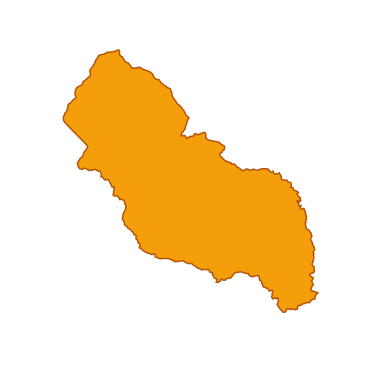 the district of Santa Rita do Tocantins, Tocantins, Brazil, rotated 225°
{"feature_id": "56859067B45645585605962", "entity_name": "Santa Rita do Tocantins", "entity_type": "district", "adm_level": 2, "iso_a3": "BRA", "parent_name": "Brazil", "parent_adm1": "Tocantins", "projection": "mercator", "projection_center": [-49.332, -10.964], "detail": "fine", "context": "isolated", "style": "filled", "palette": "amber", "viewbox_px": 384, "rotation_deg": 225, "n_neighbors": 0, "source": "geoboundaries", "source_scale": "gbopen_adm2", "svg_char_len": 6046}
<svg xmlns="http://www.w3.org/2000/svg" viewBox="0 0 384 384"><g transform="rotate(225 192 192)"><path d="M346.9,193.0L345.6,190.1L346.0,188.8L346.6,187.2L347.2,184.2L346.5,182.1L345.6,180.3L344.8,179.4L343.4,178.1L341.4,177.2L340.7,175.6L341.3,172.6L340.9,170.6L340.8,169.4L341.2,168.1L341.4,166.7L340.9,165.4L339.4,164.0L338.9,162.5L338.0,161.1L337.6,160.0L337.7,158.2L337.1,157.1L336.2,154.5L335.1,153.3L334.1,152.3L333.2,151.6L331.7,151.4L330.0,151.4L328.4,151.1L304.1,150.9L298.3,150.7L297.1,148.7L296.5,144.0L294.9,140.5L294.5,138.9L294.8,136.0L294.1,134.8L293.9,132.9L293.5,131.3L292.5,130.9L290.3,129.4L287.9,129.1L285.5,130.4L285.5,131.6L284.7,133.1L282.8,133.8L280.3,134.2L277.8,137.0L277.1,138.7L276.4,139.6L273.3,140.3L271.9,141.6L270.8,141.5L269.5,140.9L268.2,140.1L267.2,138.4L265.9,139.2L264.6,139.3L263.1,138.8L261.6,139.4L260.4,141.3L259.0,141.5L257.0,140.7L254.5,140.1L252.1,139.1L250.4,140.7L249.9,139.5L248.5,138.6L247.9,137.0L246.9,136.3L246.0,134.4L244.9,134.0L243.9,134.4L243.2,135.6L242.3,136.3L239.7,136.3L237.8,135.5L236.6,137.1L235.4,137.5L234.0,137.7L231.7,137.0L231.0,136.0L229.9,136.1L228.3,134.8L226.7,132.6L225.2,127.7L222.8,124.7L222.0,123.5L220.6,123.2L218.8,123.0L217.9,122.4L217.1,121.5L215.6,121.0L214.1,121.5L213.0,121.5L211.1,121.0L210.2,121.8L208.1,121.8L207.0,121.7L205.5,121.9L202.7,120.9L201.6,121.9L200.1,121.3L199.4,120.2L198.0,119.1L196.5,119.6L194.2,117.9L192.8,118.4L191.1,117.8L190.5,116.2L189.9,115.4L188.4,115.6L186.8,116.1L185.1,116.0L183.4,116.3L180.1,117.6L178.7,118.3L176.8,118.9L175.8,119.8L175.5,120.9L174.2,121.8L172.2,120.1L168.3,121.8L167.1,122.5L164.5,125.8L163.6,126.3L161.5,128.3L158.3,129.7L157.2,130.4L155.7,130.2L154.3,131.2L153.1,132.6L152.6,133.5L150.1,136.5L149.2,137.3L148.0,137.3L146.6,137.6L144.2,138.8L142.8,139.8L141.6,141.4L139.0,141.2L138.0,141.7L136.8,142.1L135.6,141.8L132.5,143.1L131.5,143.7L130.0,143.7L129.1,145.5L127.4,146.8L125.3,148.9L122.5,148.0L120.6,149.4L119.1,148.1L116.5,147.2L115.0,147.1L112.3,148.0L111.6,146.9L111.2,145.4L110.3,146.0L109.4,147.1L109.1,149.2L109.9,150.5L109.1,151.5L107.9,151.5L106.0,153.5L106.4,154.8L105.8,155.9L104.8,157.1L104.0,158.4L103.9,159.6L104.6,164.6L104.1,165.8L103.2,167.3L100.8,170.3L96.6,172.4L94.4,174.0L92.3,173.5L89.3,174.6L88.7,176.0L87.2,178.4L86.7,179.4L85.1,179.8L81.8,177.5L80.6,178.2L79.6,177.8L78.5,177.0L77.5,176.5L76.2,176.3L75.4,175.6L74.1,175.4L73.0,176.4L71.6,176.4L70.7,177.4L67.2,176.6L66.2,178.9L65.3,179.2L64.4,178.3L63.7,177.0L62.7,176.4L62.1,175.4L61.8,174.3L60.6,173.8L59.4,173.5L58.7,174.5L58.8,175.6L57.1,176.2L56.5,177.8L53.4,175.6L52.4,172.8L50.2,172.0L48.4,171.9L47.0,171.5L44.4,171.6L43.0,171.3L41.6,172.3L41.0,173.6L41.9,175.5L42.1,176.8L41.2,177.6L39.9,178.1L39.0,179.0L38.4,180.4L37.1,181.2L35.7,181.8L34.9,183.2L34.8,184.2L36.0,185.0L36.4,187.2L35.3,188.1L34.3,192.0L33.4,192.8L33.0,194.4L32.2,195.7L31.1,196.2L30.6,197.3L31.2,198.8L31.0,200.3L30.5,201.8L29.6,203.0L30.9,205.3L31.6,206.2L31.6,209.6L33.2,209.2L34.2,208.3L35.9,207.9L36.7,207.0L38.0,206.6L39.3,207.6L40.0,209.0L40.5,210.8L40.7,212.3L43.0,213.0L44.6,213.7L44.8,215.8L45.9,217.2L47.2,216.4L48.9,216.6L50.4,216.6L50.6,217.9L49.0,220.7L49.3,222.2L50.4,223.3L52.0,224.4L52.5,225.5L53.7,225.2L55.1,225.2L56.4,226.4L56.9,227.9L59.4,231.8L61.4,232.9L62.0,234.4L63.6,234.9L64.2,236.0L64.2,237.3L65.0,238.4L67.3,239.6L69.8,240.1L70.5,240.8L71.8,241.4L73.4,241.9L74.4,242.4L75.3,243.0L76.1,245.8L77.2,245.8L78.0,246.9L79.8,247.1L81.2,247.7L84.4,247.2L85.8,247.2L87.1,248.2L89.9,249.9L89.8,251.1L90.9,251.8L91.8,252.8L92.2,254.2L94.4,256.1L96.3,256.4L96.9,257.7L99.4,258.6L100.3,259.3L101.4,259.5L101.9,258.5L102.4,256.9L103.8,257.0L104.6,258.2L105.3,259.4L105.9,257.7L107.0,257.9L107.9,259.0L108.8,259.5L109.8,259.2L111.4,259.9L110.7,260.9L109.2,260.7L109.0,261.7L109.1,262.8L110.3,263.1L110.8,264.3L112.5,264.4L113.6,264.1L116.4,264.9L116.1,266.7L117.1,266.9L119.4,266.3L120.7,265.5L122.1,265.6L123.1,266.4L124.6,265.9L125.5,265.1L126.4,266.8L128.0,268.0L129.0,268.6L130.2,267.5L131.6,266.9L132.9,267.5L133.8,267.1L134.6,266.1L135.7,265.2L137.0,264.4L138.1,264.5L139.0,265.5L140.4,266.2L143.8,267.2L144.6,264.8L145.4,264.2L146.3,263.3L147.5,263.1L149.4,264.0L149.5,262.8L150.6,261.7L152.2,261.6L153.4,262.0L154.8,261.9L158.4,258.6L160.1,256.0L160.7,254.2L161.7,253.1L164.3,251.7L165.2,251.1L165.1,249.9L165.9,249.2L166.5,248.3L167.4,247.9L168.8,247.6L169.9,246.6L170.5,244.0L171.2,242.8L173.6,242.4L175.1,242.4L178.5,241.4L179.7,241.5L181.1,242.0L182.9,240.8L183.7,239.8L185.3,240.1L187.2,239.2L188.0,238.5L189.7,238.1L190.6,237.5L198.1,237.5L199.1,238.6L199.3,239.9L198.8,241.8L199.7,243.4L199.2,244.9L200.1,246.3L201.5,247.4L205.0,246.4L208.3,246.2L210.1,245.1L211.9,243.7L217.0,240.4L218.2,240.1L220.7,240.0L222.1,241.8L223.5,242.9L224.9,243.2L225.8,242.6L226.3,241.1L227.1,239.6L227.9,237.2L228.8,236.7L229.3,235.9L230.7,235.9L231.4,234.8L230.9,233.7L230.7,232.3L231.6,231.0L232.8,229.8L233.1,228.7L233.1,227.7L233.5,226.2L235.2,226.4L236.3,226.9L237.9,226.2L238.6,224.4L239.6,224.2L240.7,226.1L241.6,231.9L243.1,233.9L243.7,235.7L244.6,237.1L245.8,239.4L246.4,241.5L246.9,242.5L248.0,242.1L249.3,241.9L250.8,242.2L252.1,242.8L254.3,243.5L255.5,243.8L258.3,243.9L259.1,244.4L262.2,244.4L264.0,243.9L273.8,245.8L274.8,246.3L276.3,247.8L277.7,248.3L279.0,249.0L280.3,249.6L281.5,249.2L282.8,248.5L285.2,248.2L288.4,247.5L290.7,247.4L292.4,247.6L294.3,248.1L295.3,247.8L296.2,246.9L297.7,246.2L300.8,246.3L302.1,247.2L304.0,247.4L307.0,247.2L309.0,246.3L312.4,244.5L315.1,243.7L316.7,243.5L317.9,242.3L319.4,239.8L320.5,238.9L321.4,237.6L323.0,237.1L324.3,237.7L328.2,238.2L329.7,237.6L330.6,236.9L334.3,237.5L337.1,238.3L338.9,237.5L341.9,239.0L342.8,240.5L344.1,240.7L345.1,239.7L345.4,238.1L346.4,236.6L347.0,235.1L348.1,233.9L349.1,232.6L350.1,231.7L351.0,230.0L351.7,227.3L352.7,225.7L353.8,224.3L354.4,222.2L353.3,218.9L353.4,217.6L351.7,213.3L351.3,211.9L350.3,205.8L349.4,204.9L347.7,204.0L346.8,203.3L346.2,202.0L346.5,197.8L346.4,196.8L346.8,194.7L346.9,193.0Z" fill="#f59e0b" stroke="#b45309" stroke-width="1.5"/></g></svg>